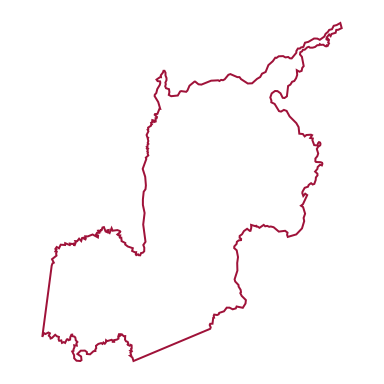 Barbacoas, Nariño, Colombia
{"feature_id": "7082276B69446102501587", "entity_name": "Barbacoas", "entity_type": "district", "adm_level": 2, "iso_a3": "COL", "parent_name": "Colombia", "parent_adm1": "Nariño", "projection": "robinson", "projection_center": [-78.08, 1.496], "detail": "fine", "context": "isolated", "style": "outline", "palette": "rose", "viewbox_px": 384, "rotation_deg": 0, "n_neighbors": 0, "source": "geoboundaries", "source_scale": "gbopen_adm2", "svg_char_len": 5879}
<svg xmlns="http://www.w3.org/2000/svg" viewBox="0 0 384 384"><path d="M311.0,134.7L306.4,135.0L304.7,136.4L302.8,134.0L299.3,133.7L298.6,127.1L296.3,123.1L289.6,116.4L286.6,110.9L283.9,109.9L281.0,111.6L279.0,111.1L274.6,103.9L271.3,102.3L271.4,100.5L270.3,97.5L271.7,93.4L275.0,91.0L277.5,91.1L280.5,93.3L282.7,97.8L284.5,98.0L286.9,96.3L288.1,86.0L290.4,84.6L292.1,81.8L294.3,81.0L296.1,78.2L297.2,74.9L296.8,70.2L299.4,71.7L301.6,70.9L302.3,67.8L303.7,66.1L301.9,56.8L300.0,54.5L300.3,52.3L302.1,51.3L302.9,49.8L304.7,49.7L307.3,47.3L308.9,46.8L310.0,47.7L312.5,47.7L315.0,47.0L317.3,45.2L319.0,45.2L319.8,44.1L320.8,44.9L323.2,44.7L325.4,46.2L326.5,46.3L326.8,45.4L327.7,45.8L329.0,43.3L328.2,42.5L329.0,39.9L327.8,38.6L327.1,39.7L326.5,39.4L326.5,38.6L327.1,38.4L326.8,37.3L329.1,34.5L330.6,36.1L331.5,34.0L335.6,32.8L336.3,29.9L338.2,29.8L341.7,28.1L340.3,23.0L336.6,25.1L333.7,25.8L332.0,29.2L329.2,29.9L327.9,31.9L325.6,33.8L324.3,36.6L319.8,39.8L317.3,38.6L314.1,38.5L308.3,41.9L305.0,42.7L303.4,46.9L300.9,47.5L299.9,48.5L297.9,48.5L296.4,51.0L296.3,52.8L291.7,58.4L289.9,58.3L288.2,57.0L285.4,57.4L283.1,56.1L278.7,56.3L276.5,57.9L275.3,57.7L272.8,61.2L268.4,65.1L265.6,72.0L262.0,73.7L260.2,77.0L257.0,78.9L252.1,83.3L247.8,83.5L241.0,79.1L239.5,77.1L237.3,77.1L230.4,74.1L228.4,74.8L224.7,79.3L223.0,80.2L221.1,79.9L219.4,81.0L218.2,80.3L211.1,80.7L201.4,84.6L198.5,84.3L195.2,81.6L194.5,81.6L189.5,85.7L187.4,90.6L186.2,91.8L181.2,91.1L180.1,91.5L177.8,95.5L171.2,96.2L168.8,94.9L169.4,92.1L169.0,89.2L166.0,88.2L165.2,86.3L165.8,84.2L165.4,82.6L166.5,80.2L166.5,78.0L165.5,75.5L165.5,72.7L164.5,70.8L163.5,70.8L162.9,72.6L160.8,75.3L161.0,77.2L160.1,77.1L156.5,79.6L157.6,81.1L160.1,81.4L160.3,82.9L159.8,84.9L157.3,89.0L156.3,93.0L154.8,94.7L154.6,96.1L158.2,102.0L160.2,108.8L159.5,108.7L157.4,113.9L155.0,114.1L154.7,114.8L157.0,117.0L156.6,118.2L155.6,118.2L155.7,121.5L154.2,122.0L154.1,120.6L152.3,120.1L152.1,122.2L151.1,122.8L151.7,124.1L151.2,124.1L151.0,125.7L148.1,127.6L148.3,129.1L147.6,129.6L148.4,131.3L146.6,135.0L147.3,137.1L148.2,137.8L147.7,138.6L148.3,141.0L147.7,142.9L148.4,143.9L147.6,144.6L147.5,146.5L146.8,146.9L147.9,148.4L147.0,148.7L147.8,150.0L147.3,151.6L148.0,152.2L147.6,153.5L148.3,155.4L145.8,157.7L146.3,159.0L142.7,168.9L145.2,176.8L145.9,185.4L145.5,189.2L143.7,191.7L142.9,199.4L142.9,204.9L144.6,213.0L143.2,224.5L145.5,241.8L143.3,245.0L144.3,247.7L144.2,251.3L142.8,252.7L141.0,253.1L140.2,255.3L138.7,255.2L138.0,254.3L136.3,255.1L135.8,254.5L136.1,252.2L134.9,252.3L132.1,250.9L132.8,248.2L127.8,246.5L125.2,244.5L125.3,243.0L121.6,241.1L121.3,237.7L119.9,237.7L119.6,237.0L120.2,235.4L118.3,235.2L117.4,234.5L120.0,232.3L120.3,231.6L119.8,231.0L117.4,230.1L112.6,230.7L111.6,228.2L109.6,233.1L107.9,232.0L108.5,230.0L107.4,230.2L107.2,232.2L105.6,231.5L103.9,227.1L102.5,227.5L101.7,230.0L100.8,230.0L100.4,231.6L99.7,231.8L98.8,230.6L98.1,230.7L99.0,232.8L97.0,232.8L96.0,234.6L98.1,235.5L97.9,237.4L92.6,234.5L87.8,236.4L85.3,236.3L85.8,238.4L85.4,239.4L84.0,238.7L83.7,237.7L82.1,238.0L81.2,241.0L79.1,238.7L77.2,241.2L75.3,241.1L75.8,242.3L74.7,245.2L74.0,245.1L74.1,243.5L72.5,244.0L70.0,243.6L70.3,244.6L69.8,245.1L65.2,243.2L65.1,245.0L60.7,244.7L59.0,248.3L56.7,247.0L55.4,248.9L56.4,249.6L55.4,251.4L56.7,251.7L56.1,253.7L56.5,255.6L52.0,259.2L53.8,262.7L52.5,263.4L51.7,265.6L42.3,336.9L44.0,333.1L45.5,334.0L48.4,332.5L49.9,333.3L48.8,335.7L50.2,337.0L50.6,338.5L51.8,338.1L55.2,334.8L56.9,336.3L58.9,336.9L58.6,339.4L59.2,340.8L61.3,340.4L62.0,342.9L63.8,342.1L65.1,342.9L66.8,339.4L67.7,339.2L68.6,340.2L70.1,339.6L70.3,337.1L71.4,334.7L72.2,334.6L72.3,336.1L74.4,336.6L75.3,337.5L75.8,340.3L77.4,342.0L76.4,343.3L76.8,345.6L74.2,345.3L74.5,347.1L73.5,349.4L73.5,350.9L72.2,351.4L74.1,355.2L74.2,358.3L76.5,360.7L80.3,361.0L81.5,360.1L81.1,356.5L77.4,354.0L80.7,350.7L84.9,350.6L86.9,352.1L86.9,354.0L90.1,354.3L93.5,351.2L95.4,351.0L95.3,349.5L96.2,348.3L96.0,345.8L98.4,343.9L101.2,343.1L102.5,343.9L103.4,342.5L104.8,343.7L105.9,342.3L106.1,340.3L107.1,341.1L111.7,339.8L112.6,340.6L112.7,341.8L114.2,341.8L114.2,340.1L116.9,339.6L118.5,338.6L118.2,336.7L119.0,334.2L120.2,334.2L120.0,335.8L121.9,334.4L123.7,336.2L125.2,336.1L125.0,339.6L126.0,341.3L127.6,341.8L128.3,343.4L127.6,344.5L127.9,344.9L129.7,345.7L130.6,344.8L131.6,345.3L131.7,348.2L131.1,348.8L131.5,350.1L130.4,350.6L131.6,351.5L130.4,352.4L131.2,355.4L130.1,355.7L132.4,357.5L133.5,361.0L210.2,328.8L210.7,327.3L209.7,325.0L210.2,323.8L212.5,323.7L213.2,317.9L214.1,317.7L213.7,315.9L214.2,314.6L217.1,315.0L218.7,314.3L219.2,312.9L224.0,311.3L226.7,307.7L229.6,307.7L232.7,309.3L235.8,308.4L236.6,306.5L242.8,307.8L245.5,303.5L245.9,300.1L241.7,295.9L240.3,293.1L241.0,292.2L240.6,289.8L238.6,286.6L238.5,285.0L235.2,281.5L234.6,279.3L237.4,270.6L237.2,263.0L238.0,257.1L236.7,250.3L234.2,248.1L234.3,246.4L236.6,243.9L236.9,241.8L238.7,240.4L241.0,240.1L241.1,238.9L239.6,237.7L239.7,235.9L242.0,234.3L243.9,231.1L247.1,228.8L249.8,230.9L250.5,230.8L251.3,227.7L251.1,224.9L255.1,226.1L256.1,225.8L256.5,226.6L257.4,226.5L259.5,227.8L263.7,224.9L265.2,226.3L267.2,225.9L269.2,226.8L270.8,226.5L273.6,227.2L278.8,231.6L285.1,230.8L287.5,232.6L287.1,234.9L287.8,236.9L296.3,234.4L302.0,228.4L304.2,221.1L303.6,218.0L305.1,213.7L303.1,207.1L301.0,205.7L302.9,204.3L307.2,195.1L305.2,193.7L303.3,196.0L302.3,193.1L302.5,191.7L304.7,187.8L308.0,186.7L308.6,185.1L310.5,183.5L311.1,183.2L312.7,184.5L314.3,183.9L315.7,180.0L315.9,177.4L317.5,175.4L317.4,173.7L315.1,171.6L317.4,168.9L317.7,167.0L320.0,164.8L321.9,165.4L322.4,163.8L322.1,162.8L320.7,162.2L316.1,162.0L315.4,161.4L315.4,158.5L317.3,156.2L318.2,153.5L316.8,149.0L318.1,146.8L320.2,145.3L320.5,143.9L320.1,142.6L319.0,142.1L318.0,143.3L317.4,145.5L314.2,145.1L312.4,140.2L312.8,138.5L310.3,138.0L312.1,135.2L311.0,134.7Z" fill="none" stroke="#9f1239" stroke-width="2"/></svg>